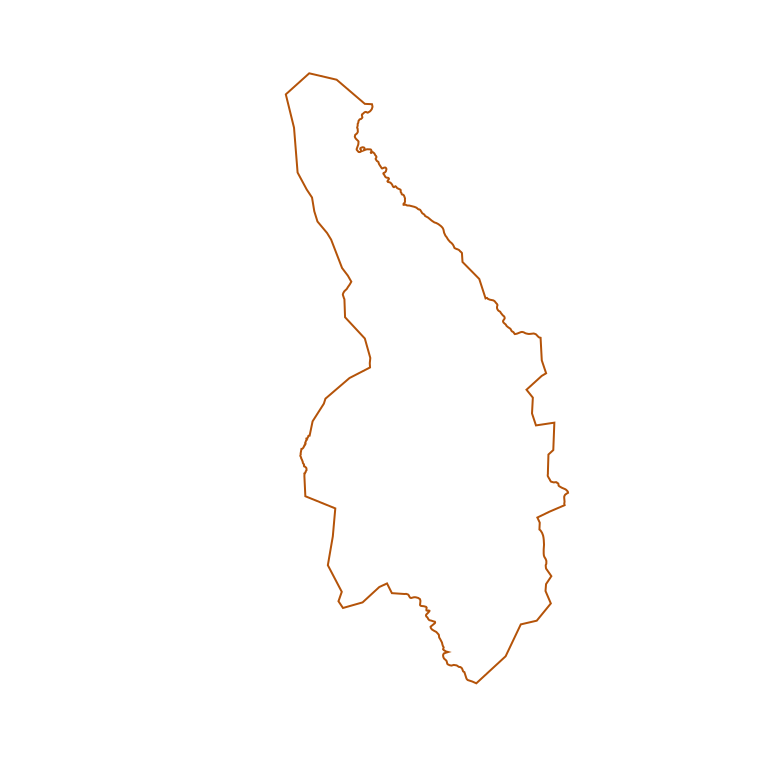 the district of Otgon, Dzavhan, Mongolia, rotated 147°
{"feature_id": "93677404B32198564408141", "entity_name": "Otgon", "entity_type": "district", "adm_level": 2, "iso_a3": "MNG", "parent_name": "Mongolia", "parent_adm1": "Dzavhan", "projection": "albers", "projection_center": [97.63, 47.271], "detail": "fine", "context": "isolated", "style": "outline", "palette": "amber", "viewbox_px": 768, "rotation_deg": 147, "n_neighbors": 0, "source": "geoboundaries", "source_scale": "gbopen_adm2", "svg_char_len": 6110}
<svg xmlns="http://www.w3.org/2000/svg" viewBox="0 0 768 768"><g transform="rotate(147 384 384)"><path d="M262.2,258.8L279.1,266.5L275.9,278.7L266.6,291.5L267.6,301.6L247.3,304.9L242.2,304.7L238.8,317.9L227.5,337.5L228.1,338.1L228.6,338.7L228.9,339.7L229.4,342.4L229.5,342.9L229.8,343.4L230.9,344.8L234.1,346.4L235.6,347.3L237.3,349.0L237.9,349.8L238.7,351.3L239.9,352.5L241.1,353.0L245.1,353.8L247.1,354.6L247.2,355.0L247.2,357.0L248.0,358.5L248.1,359.3L247.9,361.1L248.0,361.7L249.0,364.0L249.6,366.0L249.5,367.5L249.6,368.0L249.9,368.8L250.3,370.4L250.2,371.4L249.8,372.0L249.4,372.3L247.4,373.1L246.9,373.5L246.5,374.5L246.5,375.6L246.9,376.6L247.0,377.2L247.3,380.1L247.2,381.1L247.3,381.6L248.0,382.9L248.2,384.0L248.1,385.3L247.9,386.0L247.6,386.6L246.8,387.6L245.9,388.3L245.7,388.9L245.7,389.7L245.9,390.9L246.1,393.1L246.7,394.5L249.6,397.4L250.0,398.2L250.5,398.8L250.7,400.1L251.3,400.4L252.2,400.5L246.9,420.2L251.7,443.6L247.3,451.4L247.5,452.8L247.9,453.9L247.9,454.5L248.2,455.7L249.2,457.3L249.5,457.5L250.8,459.6L250.4,462.0L250.3,463.3L250.6,465.5L251.0,466.6L251.2,467.2L251.6,470.3L251.5,473.0L251.7,475.0L251.2,478.2L250.4,480.2L250.0,481.3L249.8,483.2L250.2,485.3L251.3,488.4L252.5,490.6L253.2,491.4L253.8,492.2L255.0,495.0L256.4,499.6L258.0,502.5L257.9,504.1L258.9,506.4L258.8,510.2L259.2,511.1L259.9,511.6L260.2,512.3L260.7,514.1L262.0,516.0L265.7,520.0L266.8,520.7L267.5,521.3L268.2,522.6L270.0,523.6L269.8,524.1L269.3,524.6L267.9,524.8L267.0,525.6L266.2,527.0L265.3,528.2L264.6,531.2L264.8,532.2L265.6,533.0L265.7,533.5L265.7,533.8L265.4,534.4L265.4,536.0L264.4,537.5L264.4,538.1L266.2,541.0L266.3,541.6L266.4,542.9L266.7,543.6L267.2,543.7L268.3,543.6L268.7,543.9L268.9,544.8L268.6,546.7L268.7,548.2L268.9,549.0L269.1,549.6L269.6,550.2L270.7,551.4L270.7,551.8L270.7,552.1L270.3,552.4L269.7,552.7L268.6,553.0L268.3,553.2L268.1,553.4L268.0,554.0L268.2,554.6L269.4,555.6L269.9,556.4L270.1,557.4L269.9,558.6L270.0,560.6L269.8,561.0L269.4,561.2L268.5,561.0L267.6,561.0L266.5,561.4L265.0,562.8L264.8,563.3L264.7,563.7L264.9,564.6L265.2,565.0L266.2,565.4L267.9,565.7L268.2,565.8L268.4,566.2L268.4,570.8L268.2,572.0L267.9,572.8L267.8,573.4L268.5,575.0L268.5,576.9L268.4,577.4L268.2,577.6L267.1,578.1L266.6,578.7L266.5,579.5L266.7,580.7L266.5,582.6L266.9,584.0L267.2,584.6L267.8,584.9L268.7,584.7L269.0,584.8L269.0,585.3L268.8,585.4L267.5,586.3L267.4,586.6L267.3,587.5L267.4,587.9L267.8,588.3L270.2,590.0L271.5,590.5L273.9,591.0L272.2,591.8L271.9,592.4L271.9,593.0L272.1,593.3L272.8,594.1L274.3,594.6L275.3,594.6L275.9,594.1L275.9,592.7L276.1,592.1L276.5,591.7L277.6,591.6L278.0,591.7L278.8,592.3L279.0,592.7L279.3,595.0L279.3,595.4L278.9,596.0L275.6,598.5L274.9,599.1L273.4,601.1L273.3,601.4L273.3,601.8L274.0,605.0L274.0,606.4L273.8,607.3L272.5,608.6L270.1,608.9L268.8,609.6L268.5,609.9L267.2,612.2L267.0,612.7L267.0,613.5L266.8,613.7L265.3,615.1L264.4,616.5L263.6,616.9L263.0,617.4L262.1,618.5L260.3,619.2L258.8,618.8L257.4,619.1L257.0,619.3L256.7,620.0L256.1,621.6L255.5,622.1L254.4,622.1L253.2,622.4L251.8,622.4L251.1,622.1L250.8,621.8L250.5,621.4L250.2,620.7L249.8,620.4L247.3,620.3L246.1,620.6L244.5,621.2L242.7,622.7L242.4,623.3L241.7,625.2L247.5,629.4L258.0,665.0L277.5,685.3L308.6,680.4L319.9,647.9L341.3,608.4L342.9,589.2L342.8,579.6L348.4,566.8L351.3,556.5L349.5,541.7L349.7,533.9L356.0,504.1L355.3,494.5L355.7,487.6L358.6,486.1L361.6,484.9L363.4,484.0L366.7,483.4L368.2,482.7L369.2,482.0L369.9,481.3L370.9,477.6L371.0,476.7L380.3,461.2L375.3,432.6L381.3,413.3L384.6,409.2L386.7,405.5L409.7,407.8L441.1,403.6L445.1,400.3L464.2,391.6L474.5,381.2L475.1,381.6L475.6,381.7L476.5,380.9L477.5,380.6L478.1,379.9L478.4,379.9L478.6,380.3L478.8,380.4L479.1,379.3L479.6,379.4L480.6,378.7L480.9,378.3L481.8,377.9L481.9,377.5L482.3,377.3L482.2,376.8L482.4,376.5L483.7,376.1L483.9,375.7L484.4,375.8L485.2,375.1L485.6,375.0L486.1,374.6L487.1,374.3L488.2,374.2L488.6,374.5L491.8,371.1L492.0,370.5L492.5,370.1L493.2,369.5L493.4,369.0L493.5,367.6L494.0,366.6L494.0,365.5L494.3,364.2L494.6,362.8L495.0,362.1L495.1,361.4L494.9,360.4L495.0,359.9L495.5,359.3L495.8,358.8L495.8,358.3L495.2,357.6L494.9,356.0L495.1,355.3L495.9,353.9L497.2,353.4L497.7,352.8L498.1,352.7L499.0,352.1L499.4,352.4L499.6,352.3L499.7,351.9L501.0,350.0L511.1,332.7L492.6,306.2L509.9,284.1L529.8,262.6L532.6,232.7L540.5,226.6L540.4,218.5L520.9,212.5L498.5,216.3L490.1,215.1L491.3,204.3L481.3,196.8L479.7,195.9L478.5,194.4L478.3,193.1L478.5,192.4L478.5,190.7L477.9,189.8L474.9,188.8L473.5,187.8L471.8,185.9L471.0,183.9L471.6,182.2L474.1,179.1L474.1,178.3L473.8,177.7L471.6,175.9L470.1,174.2L470.0,173.3L471.5,171.5L471.7,171.0L471.2,170.3L470.0,169.8L469.4,169.1L469.7,168.7L471.3,168.2L474.2,167.6L475.0,166.8L475.1,165.8L474.7,164.5L474.9,163.0L474.6,161.2L473.3,159.9L471.9,158.1L470.8,156.9L471.0,156.2L471.6,155.7L477.1,155.1L477.6,153.9L477.5,152.1L476.5,149.9L475.2,147.6L474.6,144.0L474.7,143.6L475.8,141.3L475.8,139.7L476.2,135.6L476.9,133.7L477.3,132.2L477.4,130.6L478.9,129.4L478.8,128.4L477.8,126.1L476.2,124.3L478.6,125.0L480.7,125.4L482.1,124.5L482.9,122.9L483.2,121.1L482.5,118.6L482.4,117.5L483.3,114.9L483.2,114.2L482.2,112.5L480.8,111.1L478.5,110.4L476.3,108.4L475.3,106.0L474.0,104.9L473.5,103.2L473.7,101.8L474.1,100.2L474.0,99.5L473.5,98.6L475.2,92.3L475.3,91.3L475.0,90.1L472.0,86.4L469.6,82.7L430.3,89.4L400.2,107.9L384.8,102.3L363.6,109.1L361.3,122.4L357.1,127.9L348.3,131.7L348.6,140.9L348.2,141.9L347.3,143.6L346.9,144.1L345.8,144.8L344.5,146.7L344.1,147.5L343.7,149.4L343.7,151.4L343.4,152.9L342.5,154.7L340.3,158.1L337.3,162.1L335.0,166.1L333.9,168.3L333.1,170.3L332.5,173.1L332.5,176.0L332.9,177.3L328.9,182.9L328.1,188.5L314.8,186.8L298.5,184.0L297.9,185.6L296.7,186.9L294.8,190.5L294.0,191.6L292.4,192.5L290.5,192.6L288.9,192.5L288.5,193.5L288.5,194.1L288.8,195.8L289.2,196.9L291.4,200.2L292.7,202.8L292.9,203.5L292.7,204.3L292.2,205.0L292.1,205.6L292.3,206.3L292.7,206.8L292.8,207.6L293.2,208.0L295.2,209.0L297.1,211.1L297.2,212.6L297.0,213.6L297.0,215.0L296.8,217.5L296.4,218.3L295.1,219.9L294.9,220.3L284.5,235.3L278.0,236.4L262.2,258.8Z" fill="none" stroke="#b45309" stroke-width="2"/></g></svg>